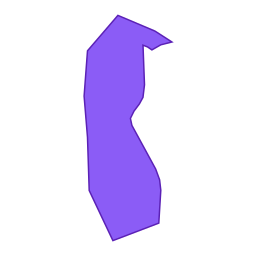 Al Daayen, Robinson projection
{"feature_id": "QAT-5487", "entity_name": "Al Daayen", "entity_type": "Municipality", "adm_level": 1, "iso_a3": "QAT", "parent_name": "Qatar", "parent_adm1": "", "projection": "robinson", "projection_center": [51.482, 25.509], "detail": "fine", "context": "isolated", "style": "filled", "palette": "violet", "viewbox_px": 256, "rotation_deg": 0, "n_neighbors": 0, "source": "natural_earth", "source_scale": "10m", "svg_char_len": 403}
<svg xmlns="http://www.w3.org/2000/svg" viewBox="0 0 256 256"><path d="M171.9,42.0L160.8,44.8L151.9,49.9L147.5,46.9L143.0,45.2L144.5,84.8L143.1,96.3L143.0,97.3L139.4,103.9L134.0,111.1L130.4,118.4L131.9,125.4L155.7,169.1L159.6,179.8L160.8,190.3L158.8,223.1L112.9,240.6L89.2,190.5L87.5,137.4L84.1,96.1L87.5,50.8L117.9,15.4L155.0,31.1L171.9,42.0Z" fill="#8b5cf6" stroke="#5b21b6" stroke-width="1.5"/></svg>